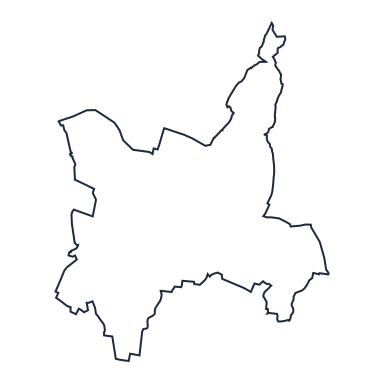 outline of Simeria, Hunedoara, Romania
{"feature_id": "2599482B51970777066568", "entity_name": "Simeria", "entity_type": "district", "adm_level": 2, "iso_a3": "ROU", "parent_name": "Romania", "parent_adm1": "Hunedoara", "projection": "mercator", "projection_center": [23.018, 45.861], "detail": "fine", "context": "isolated", "style": "outline", "palette": "slate", "viewbox_px": 384, "rotation_deg": 0, "n_neighbors": 0, "source": "geoboundaries", "source_scale": "gbopen_adm2", "svg_char_len": 5896}
<svg xmlns="http://www.w3.org/2000/svg" viewBox="0 0 384 384"><path d="M310.8,224.7L305.5,224.5L300.7,225.6L290.8,226.5L289.8,224.1L285.3,221.5L279.2,218.4L271.2,217.3L267.1,217.4L263.4,216.1L265.4,213.4L269.4,204.7L267.4,203.4L271.2,195.5L272.2,192.1L273.1,185.1L273.7,176.9L274.1,174.1L274.2,169.6L274.0,165.1L273.3,158.9L272.8,153.3L272.6,152.8L272.1,151.5L272.0,150.9L271.8,149.0L271.8,148.6L271.6,148.4L271.0,147.9L270.2,146.8L270.1,146.1L270.1,145.2L270.0,144.9L269.8,144.1L269.2,143.4L268.8,142.9L268.1,142.3L267.7,141.6L267.1,139.9L266.7,138.6L267.0,135.6L266.8,135.2L266.0,134.8L264.9,134.9L264.6,134.6L264.9,134.2L265.8,134.0L266.9,133.3L268.2,131.9L268.7,130.8L268.7,130.6L268.8,129.2L269.4,128.7L270.6,127.9L271.6,127.3L272.4,127.1L272.3,126.9L274.0,124.3L274.2,123.3L274.6,122.6L275.0,121.2L275.1,120.2L275.2,118.8L274.9,117.5L275.1,117.0L274.9,116.6L274.7,115.1L275.0,114.2L275.2,112.5L275.1,112.1L275.2,111.2L275.4,110.2L275.4,108.4L275.5,107.5L275.7,106.4L275.3,104.8L277.1,100.8L277.0,100.7L277.2,99.7L278.8,95.9L281.1,92.2L281.2,90.8L282.6,86.0L282.6,84.0L281.5,83.8L280.7,79.8L280.5,79.6L280.6,78.1L280.8,77.4L281.1,74.7L280.9,74.1L280.3,73.5L279.2,71.0L278.9,70.8L276.8,68.0L276.5,67.3L276.2,67.0L275.4,65.7L275.3,65.1L275.4,64.0L275.7,63.4L275.8,62.5L275.6,61.9L275.2,61.2L274.4,59.3L273.2,57.4L272.9,56.9L273.2,56.7L273.7,56.1L277.3,53.2L277.7,52.9L277.6,51.9L277.6,49.9L277.7,48.7L278.1,48.1L278.6,47.6L279.6,47.5L280.9,46.7L281.2,46.2L281.7,45.7L282.9,45.2L283.4,44.7L283.8,43.1L284.3,41.7L285.3,39.7L284.9,36.6L284.7,36.3L276.8,36.8L272.5,29.8L273.2,25.7L271.7,23.0L268.8,29.2L266.3,34.3L265.3,35.2L263.7,40.3L263.8,41.8L262.9,43.0L262.6,44.4L261.7,46.5L259.9,47.8L259.1,51.0L259.2,53.2L258.0,55.6L260.1,57.4L260.5,57.9L261.7,59.0L265.9,61.8L265.2,61.9L259.8,61.9L259.3,62.1L256.6,64.5L255.2,64.9L253.3,66.2L252.2,67.2L251.3,68.1L250.9,67.7L247.4,70.0L246.5,72.4L244.2,78.1L241.5,81.4L238.9,82.6L236.1,85.7L233.0,90.9L230.4,95.1L228.2,99.0L228.1,100.3L227.3,101.4L227.0,102.2L226.5,104.6L226.5,105.2L227.0,105.8L227.3,107.2L227.5,107.4L227.8,107.3L227.9,106.9L228.2,106.5L229.0,106.5L229.1,106.4L230.0,107.2L230.5,107.7L231.0,109.3L231.2,110.7L232.6,112.1L233.4,112.6L233.7,112.9L233.1,113.9L232.2,115.0L231.5,116.8L231.4,118.1L229.5,121.7L227.9,123.6L222.6,129.2L222.5,130.3L221.6,130.2L221.0,130.6L219.3,132.7L218.0,133.9L217.0,135.2L216.4,135.7L214.4,137.8L214.2,138.1L213.9,137.9L213.1,139.1L211.9,141.8L210.4,144.8L205.3,145.8L197.7,141.5L193.4,139.0L191.3,137.9L186.1,135.7L184.4,134.8L183.2,134.5L164.4,128.2L164.1,128.2L159.3,144.6L157.6,149.5L153.7,148.4L152.5,154.0L149.4,152.0L133.0,149.8L123.2,140.3L119.4,129.9L114.5,122.7L95.4,110.1L86.7,110.3L72.7,116.6L59.8,120.8L58.7,121.4L60.9,125.4L63.2,125.3L64.3,130.0L65.6,131.9L66.5,133.3L70.8,152.4L71.5,152.4L71.9,153.2L71.5,153.7L70.3,153.8L70.0,154.3L71.0,156.0L71.7,156.5L72.5,156.5L72.7,158.6L73.2,159.5L73.7,160.2L74.0,161.6L74.6,162.3L75.3,164.2L75.0,165.3L74.3,167.3L75.0,179.3L74.9,179.7L75.0,179.7L94.1,188.9L93.2,191.4L92.9,192.6L93.0,193.5L95.5,198.5L95.9,199.6L95.9,200.5L92.7,216.4L73.8,209.6L72.4,211.6L71.5,214.3L71.8,222.3L72.1,225.7L72.4,226.8L72.8,230.0L73.3,233.3L73.8,236.7L74.6,242.3L74.8,242.2L75.2,243.2L76.0,244.3L77.0,245.0L77.7,245.3L78.1,245.1L78.0,245.7L77.1,247.2L76.1,248.6L71.0,250.9L71.1,251.2L71.2,251.7L71.0,252.0L70.4,252.3L69.4,252.1L68.5,255.4L72.7,256.7L75.0,255.5L76.8,259.5L66.7,267.5L64.2,270.9L60.9,279.0L55.5,291.6L58.3,292.9L56.1,297.8L59.4,300.1L60.5,300.9L67.4,306.2L70.6,307.1L70.5,311.6L75.9,314.2L78.9,308.7L81.6,310.3L83.9,312.3L88.0,310.2L86.7,302.8L88.3,302.9L91.6,301.7L92.0,301.5L92.5,301.3L93.9,304.9L94.9,307.5L95.4,309.7L95.7,312.4L96.1,313.9L96.4,314.4L98.0,316.2L99.7,318.8L101.8,321.7L103.0,323.1L104.2,325.2L104.9,330.0L104.8,330.7L104.0,332.5L104.1,335.4L112.3,336.5L115.8,358.8L117.5,359.1L118.3,359.5L121.1,359.9L124.0,360.4L128.5,360.9L128.7,361.0L128.8,360.8L129.7,355.7L130.1,353.7L139.5,355.4L142.1,332.1L143.0,329.5L143.8,328.9L146.5,328.6L147.4,327.8L147.7,326.4L147.7,326.1L147.7,324.9L147.6,323.6L147.4,322.0L147.4,321.2L147.8,319.0L149.1,317.6L149.4,317.4L150.8,316.8L152.9,315.7L154.4,314.2L154.8,313.8L154.8,313.3L154.8,311.5L154.8,310.6L155.4,308.2L158.8,302.7L159.5,302.0L160.1,301.0L160.0,300.8L160.8,299.2L161.1,297.7L161.5,296.0L161.6,294.8L161.5,293.6L161.0,292.2L160.7,290.8L171.7,292.0L172.3,290.4L173.1,289.2L174.0,287.9L174.6,286.6L181.1,287.2L181.9,285.1L182.4,280.8L194.0,281.8L194.2,284.0L199.8,284.8L201.3,283.5L204.6,280.4L205.5,279.3L206.6,277.6L207.0,276.5L207.7,274.1L208.2,274.7L208.4,275.0L208.6,275.2L209.1,275.7L209.8,276.6L210.8,275.4L211.0,275.2L211.8,274.9L212.7,274.2L214.0,273.6L217.7,272.6L221.8,274.7L222.2,278.8L243.7,287.9L250.2,291.5L250.6,291.9L250.8,292.0L254.5,283.5L259.3,284.7L263.0,281.3L264.7,282.7L266.9,284.0L268.6,283.8L271.2,285.6L270.4,286.4L269.5,287.3L268.9,288.0L267.8,289.1L266.9,289.8L265.0,291.7L264.4,292.5L263.9,293.4L263.9,293.7L263.2,296.1L263.7,297.0L264.7,298.5L265.4,299.9L266.1,300.8L266.6,302.0L266.6,303.0L266.7,303.7L266.6,304.5L266.5,305.1L266.3,305.8L266.2,307.0L266.3,307.8L266.2,308.5L266.1,309.0L267.8,309.1L267.8,309.4L267.9,310.2L268.0,311.7L267.9,312.3L267.7,312.8L267.3,313.5L269.3,313.0L277.1,313.9L277.4,315.5L277.6,316.8L277.3,317.4L277.2,318.4L277.2,319.1L277.4,320.0L277.6,320.4L278.1,321.0L278.3,321.5L282.0,321.4L286.5,320.5L286.7,320.3L288.6,320.0L289.3,321.4L289.3,321.1L290.4,318.5L290.9,315.3L292.9,312.7L293.3,311.2L293.4,309.9L292.8,307.6L291.7,305.6L291.7,304.0L292.3,302.3L293.5,299.8L293.5,299.3L293.7,296.7L295.3,293.2L297.1,292.3L302.1,290.5L304.4,288.5L306.2,286.1L308.3,282.5L309.1,280.4L312.2,278.1L313.2,273.0L313.3,272.9L319.0,274.3L319.4,273.2L325.3,274.0L328.1,274.5L328.4,274.4L328.5,274.2L328.4,272.8L326.1,269.5L324.4,258.5L324.1,257.2L320.0,242.7L319.3,241.1L311.2,227.4L310.8,224.7Z" fill="none" stroke="#1e293b" stroke-width="2"/></svg>